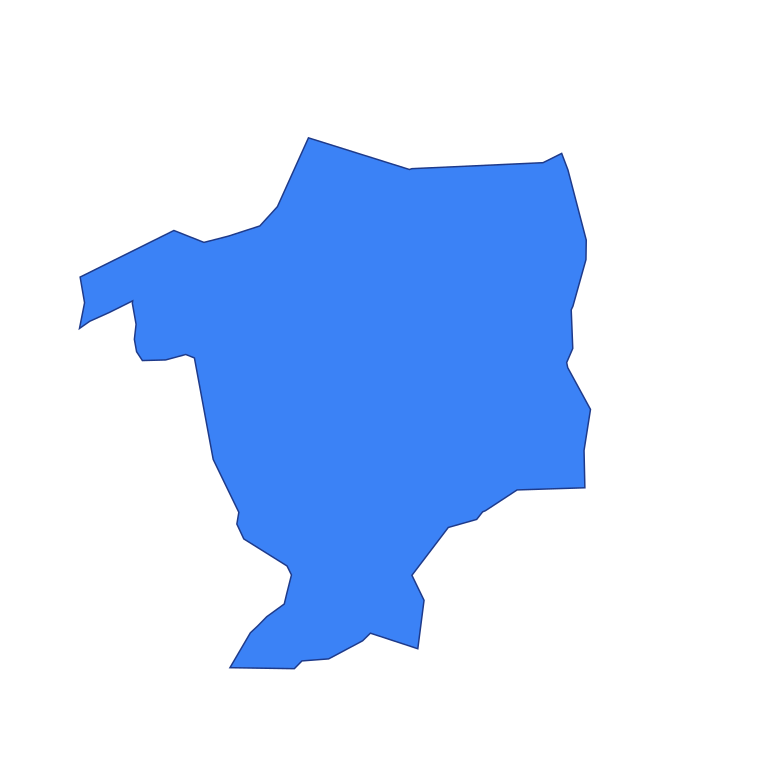 Urue Offong/Oruko, Akwa Ibom, Nigeria, rotated 156°
{"feature_id": "59680162B91433810506609", "entity_name": "Urue Offong/Oruko", "entity_type": "district", "adm_level": 2, "iso_a3": "NGA", "parent_name": "Nigeria", "parent_adm1": "Akwa Ibom", "projection": "orthographic", "projection_center": [8.177, 4.73], "detail": "fine", "context": "isolated", "style": "filled", "palette": "blue", "viewbox_px": 768, "rotation_deg": 156, "n_neighbors": 0, "source": "geoboundaries", "source_scale": "gbopen_adm2", "svg_char_len": 915}
<svg xmlns="http://www.w3.org/2000/svg" viewBox="0 0 768 768"><g transform="rotate(156 384 384)"><path d="M460.8,128.4L435.4,170.1L436.3,197.9L383.6,226.8L354.4,222.6L345.9,227.1L342.9,227.0L305.5,233.1L242.7,207.5L228.3,241.9L205.7,276.8L209.5,324.2L208.4,329.3L197.1,339.7L182.8,375.6L179.8,378.2L148.9,415.5L140.7,433.2L128.9,504.7L127.9,522.4L148.7,521.5L271.0,569.4L273.5,569.6L352.9,639.6L409.2,589.4L433.1,578.9L466.1,582.4L490.9,586.6L513.5,609.7L618.1,605.3L624.5,580.0L639.6,558.6L627.3,561.0L605.2,561.1L579.8,562.2L581.1,560.0L586.2,539.4L593.9,526.3L596.9,514.1L595.2,503.7L573.7,494.8L553.1,491.6L546.6,484.9L570.7,384.6L568.8,325.8L568.9,325.7L575.4,315.9L575.1,299.5L546.6,257.2L546.2,247.2L558.0,232.2L564.6,223.6L585.8,219.1L597.9,214.3L607.2,211.1L640.1,187.5L581.7,160.4L571.6,164.4L546.4,155.4L508.0,158.1L497.8,161.9L460.8,128.4Z" fill="#3b82f6" stroke="#1e3a8a" stroke-width="1.5"/></g></svg>